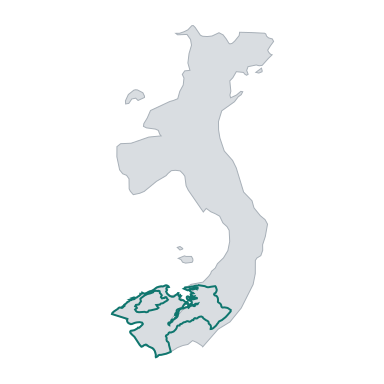 Darién on a map of Panama (Robinson projection), rotated 92°
{"feature_id": "PAN-1418", "entity_name": "Darién", "entity_type": "Province", "adm_level": 1, "iso_a3": "PAN", "parent_name": "Panama", "parent_adm1": "", "projection": "robinson", "projection_center": [-78.04, 8.154], "detail": "fine", "context": "in_parent", "style": "outline", "palette": "teal", "viewbox_px": 384, "rotation_deg": 92, "n_neighbors": 0, "source": "natural_earth", "source_scale": "10m", "svg_char_len": 9080}
<svg xmlns="http://www.w3.org/2000/svg" viewBox="0 0 384 384"><g transform="rotate(92 192 192)"><path d="M346.4,175.9L345.3,176.8L342.2,181.9L340.5,186.2L344.5,190.8L345.7,195.7L348.0,201.0L351.6,206.3L355.6,216.2L356.5,220.1L355.4,222.7L351.6,224.3L348.0,228.9L347.1,234.5L347.7,237.3L337.1,246.3L334.4,247.8L332.5,246.4L330.3,241.9L327.6,238.3L326.1,237.0L325.3,236.9L324.4,237.8L324.0,239.8L325.4,248.2L324.3,251.6L320.6,254.3L316.5,268.0L314.9,266.3L301.2,247.8L289.4,224.8L287.0,214.4L290.0,213.8L293.0,214.0L294.6,212.4L296.4,209.4L294.9,202.4L300.7,197.1L302.8,193.5L304.4,193.9L308.2,200.0L313.6,203.5L320.3,208.6L324.5,209.8L319.2,204.4L310.2,197.4L307.6,192.8L305.2,186.3L301.7,189.1L300.1,191.5L298.2,192.8L296.6,191.2L296.4,189.1L291.0,188.7L289.7,186.8L288.2,185.8L288.9,189.8L289.9,192.3L289.4,195.2L287.6,195.5L286.2,192.4L284.3,189.6L281.7,177.9L275.7,172.4L272.9,170.5L270.6,169.8L267.2,166.1L262.8,164.1L256.7,158.2L249.3,154.1L240.2,152.6L229.1,153.5L225.4,155.8L222.9,158.8L221.7,160.1L215.2,163.5L212.7,168.4L211.1,172.5L207.9,177.2L211.6,180.0L190.3,195.8L186.0,198.1L176.5,199.7L174.3,201.4L171.3,204.6L170.9,209.3L171.4,213.4L174.2,216.5L176.6,218.5L182.6,227.9L193.1,239.8L195.1,244.2L196.7,250.6L193.5,253.6L191.1,254.9L181.0,255.4L177.6,258.0L176.2,261.9L172.4,265.1L159.5,268.3L149.3,268.6L146.2,265.0L145.4,254.6L138.6,237.0L137.0,224.8L135.3,226.3L131.6,227.8L130.4,230.8L129.5,239.7L128.1,242.8L125.3,242.5L119.6,239.3L112.0,236.3L102.3,217.3L101.2,213.8L99.3,209.5L91.8,207.7L85.4,204.5L78.4,204.0L74.8,205.8L71.2,203.5L70.5,198.3L63.2,200.6L53.8,199.8L45.3,197.6L39.6,198.8L34.7,202.5L35.4,211.9L34.0,213.8L33.8,209.9L32.1,205.5L30.1,201.8L25.8,198.0L25.6,196.6L27.3,194.7L35.0,189.1L36.0,186.8L36.1,182.0L35.4,177.4L31.9,170.6L33.9,166.4L37.9,163.1L42.0,160.4L42.7,159.3L42.0,157.0L39.6,154.5L34.0,150.3L30.7,150.0L30.6,137.9L30.8,124.9L31.6,123.7L33.7,122.9L35.3,120.9L36.2,117.1L38.7,115.7L43.1,118.7L47.6,121.3L49.4,120.4L50.8,119.2L51.8,117.9L52.1,116.7L55.7,120.2L63.0,126.3L63.5,129.3L62.8,132.2L64.8,140.4L68.6,141.6L72.4,140.0L73.4,141.5L72.6,143.1L70.7,144.8L70.2,151.9L76.4,155.2L79.6,158.1L90.0,156.7L93.8,157.5L96.5,156.7L93.6,151.0L89.7,146.7L90.0,144.8L93.0,146.2L95.2,149.1L100.3,152.7L109.8,165.1L120.6,168.0L129.1,167.6L137.1,166.0L149.9,161.2L159.1,152.5L166.4,148.6L190.3,140.4L198.7,131.7L202.3,130.6L205.7,129.5L213.2,123.0L217.2,117.9L221.5,115.4L234.0,117.2L242.2,119.6L247.8,119.3L253.2,121.0L255.6,124.7L258.1,126.3L271.4,125.9L282.3,127.7L306.2,138.7L320.5,149.5L328.1,161.0L346.4,175.9ZM106.3,261.4L103.2,261.7L96.8,259.0L92.2,253.6L91.8,251.9L91.9,250.1L94.5,244.6L97.9,242.8L99.2,242.8L102.4,249.1L100.2,251.5L101.1,255.4L105.7,258.3L106.3,261.4ZM259.9,200.7L258.8,203.4L256.1,197.3L256.6,195.8L256.4,190.3L258.9,188.8L260.8,188.7L262.3,189.5L263.3,195.9L262.5,198.9L259.9,200.7ZM70.8,129.4L70.2,132.4L65.8,126.9L68.4,126.1L69.4,126.2L70.8,129.4ZM250.4,202.0L247.9,204.8L246.9,202.1L248.7,199.3L249.3,199.3L250.4,202.0Z" fill="#d9dde1" stroke="#a8b0b8" stroke-width="1"/><path d="M352.4,207.6L352.9,208.4L354.5,212.0L355.8,217.0L355.9,218.6L356.2,219.5L356.8,220.1L357.4,220.6L357.9,221.3L358.4,222.3L358.1,222.5L356.0,222.5L354.3,222.9L352.3,223.6L350.6,224.7L349.4,226.0L348.0,229.7L346.3,232.1L346.1,232.9L346.9,234.8L348.0,236.0L348.4,237.2L346.7,238.9L338.7,244.5L336.2,247.5L334.7,248.8L333.5,248.9L332.8,248.2L332.2,245.0L331.7,244.1L330.2,241.7L329.5,241.4L329.4,241.3L329.4,241.0L329.6,240.3L329.1,239.6L326.2,236.8L325.6,236.5L324.3,237.3L323.9,239.7L324.2,242.4L324.7,244.4L326.0,247.3L326.2,248.6L325.6,250.3L324.8,251.5L323.7,252.2L322.5,252.4L321.1,252.1L316.8,267.7L315.5,267.3L313.9,265.6L311.4,262.1L310.5,261.4L310.1,260.8L309.9,260.1L310.3,258.1L310.1,257.5L309.8,257.2L309.3,257.7L308.9,257.5L308.7,257.1L308.8,256.7L309.1,256.8L308.4,255.6L308.1,255.4L307.5,255.9L307.2,255.9L305.8,254.1L304.9,253.2L304.2,252.8L304.0,252.5L303.9,251.9L303.6,251.3L303.1,251.0L302.7,250.7L302.4,250.1L302.1,248.8L301.7,248.8L301.5,249.8L301.3,249.2L301.3,246.9L301.0,245.7L300.4,245.5L299.9,246.0L299.7,247.1L299.4,246.3L299.5,245.7L299.7,245.1L299.7,244.4L299.5,243.7L299.3,243.4L298.6,242.7L297.4,240.9L296.6,240.2L295.5,240.1L295.6,239.3L295.4,238.8L294.9,238.4L294.3,238.3L294.9,237.0L295.1,236.1L295.1,235.3L294.7,234.2L293.0,231.3L292.7,230.5L292.2,228.5L291.0,226.7L289.6,225.2L288.5,223.7L287.8,221.7L287.3,219.6L287.3,218.9L287.4,218.1L287.3,217.5L286.3,215.4L286.1,214.6L286.4,213.4L287.1,212.2L287.8,211.8L288.4,213.9L289.3,214.3L290.2,214.1L290.8,213.5L292.4,214.4L294.6,213.2L296.6,210.8L297.4,208.4L297.3,207.1L297.0,206.3L295.9,205.1L294.2,202.9L293.5,202.5L293.5,202.0L295.1,202.2L295.6,202.1L296.3,201.6L296.3,201.1L296.0,200.9L295.5,200.2L296.1,200.0L296.3,199.4L297.8,200.7L298.3,200.8L299.6,200.7L299.7,200.4L300.5,199.2L300.4,197.4L300.5,196.7L301.7,195.4L302.0,194.8L302.1,194.2L302.1,193.0L302.3,192.6L302.8,192.3L303.4,192.2L303.6,192.5L303.9,194.9L304.0,195.4L304.6,195.9L305.5,196.5L306.5,197.0L307.3,197.2L308.0,197.6L308.5,198.5L309.5,201.6L310.0,202.5L310.7,203.1L311.6,203.3L312.5,203.0L313.1,203.0L313.5,203.9L313.9,204.3L314.4,204.5L314.9,204.6L315.7,204.6L315.7,204.2L314.8,204.0L314.0,203.5L313.4,202.8L313.0,202.0L315.9,202.6L317.4,203.2L318.3,204.5L319.7,205.3L320.0,205.8L320.0,206.7L320.2,207.4L320.6,207.9L321.2,208.2L321.8,207.8L322.4,208.2L322.9,209.1L323.1,210.2L323.5,210.9L324.4,211.2L325.3,210.9L325.8,210.0L324.2,210.0L322.1,207.1L321.2,207.3L318.2,203.2L317.7,202.7L316.8,202.1L311.8,201.1L310.6,200.6L309.6,199.6L308.9,198.4L308.7,196.9L307.4,194.1L307.1,192.4L307.9,191.4L306.6,190.4L306.0,189.6L305.6,188.8L305.3,187.7L305.5,187.1L305.8,186.7L306.0,186.1L305.9,185.3L305.6,185.1L305.1,185.0L304.4,184.4L304.1,183.6L304.1,183.0L303.9,182.5L303.3,182.2L303.5,182.7L303.5,184.4L303.8,185.0L304.6,185.5L304.9,185.6L304.8,187.9L304.9,188.5L305.7,190.6L305.8,191.3L305.6,191.9L305.2,191.9L304.1,189.8L303.4,188.8L302.9,188.3L302.0,188.3L301.2,188.9L300.7,189.9L300.5,191.2L300.2,192.2L299.3,193.0L298.3,193.5L297.2,193.6L296.8,193.4L296.5,192.9L296.5,192.3L296.6,191.9L297.0,191.4L298.6,190.5L299.0,190.8L299.4,191.0L299.5,188.9L299.2,186.9L298.2,183.4L297.8,183.4L297.4,184.4L297.7,184.9L298.2,185.4L298.6,186.1L298.5,187.3L297.8,188.9L298.2,189.6L298.2,190.1L297.4,190.5L297.2,190.0L296.5,189.5L296.3,189.2L296.1,188.7L296.4,188.6L297.3,187.1L297.2,186.5L296.3,186.1L296.6,186.9L296.4,187.3L296.1,187.5L295.9,187.9L295.1,189.6L294.2,189.8L293.7,189.1L293.2,187.0L292.7,187.5L292.7,188.3L291.9,189.6L290.9,190.7L290.1,191.0L289.5,189.9L288.9,186.1L288.5,184.8L288.9,183.9L288.5,183.9L288.5,184.4L288.1,184.4L288.1,183.0L287.7,183.0L287.5,184.6L288.5,187.8L289.1,190.9L290.2,191.9L290.4,193.0L288.9,196.7L288.6,196.2L287.6,195.6L287.4,192.7L286.5,189.0L286.4,187.6L285.6,185.6L285.4,184.0L285.5,183.1L285.3,182.7L284.9,182.2L285.2,179.8L285.5,177.2L285.6,176.2L285.8,175.5L286.4,174.1L286.6,173.1L286.6,172.3L286.3,170.8L286.1,170.1L285.3,165.5L285.6,165.2L286.0,164.9L288.6,163.9L289.4,163.9L290.3,164.1L291.7,164.7L292.1,165.0L292.6,166.0L293.4,166.4L293.9,166.2L294.4,165.8L294.7,165.2L294.7,164.7L295.0,164.0L295.5,163.4L297.1,162.5L298.3,162.3L299.3,162.2L300.3,162.3L301.0,162.2L301.4,161.8L302.2,160.4L303.1,159.4L304.1,158.9L305.5,158.6L306.1,158.1L306.4,157.5L306.3,156.6L306.2,155.4L306.4,153.8L306.6,152.6L307.0,151.7L308.2,149.9L308.5,149.2L310.0,149.2L314.2,152.6L315.9,154.1L319.0,157.7L320.3,160.3L320.9,160.8L321.9,161.3L323.4,162.5L324.3,163.0L325.0,163.6L327.2,165.9L327.8,166.8L328.2,167.7L328.3,168.6L327.8,168.6L326.6,168.3L325.2,168.5L324.0,169.2L323.5,170.1L322.8,170.7L321.9,170.8L321.0,171.1L320.2,172.2L319.6,173.6L317.8,176.3L316.7,177.0L316.1,178.3L316.3,179.6L316.7,180.7L317.4,181.7L318.1,182.5L318.3,183.7L317.9,184.5L318.1,185.0L318.8,185.8L320.0,186.2L320.1,186.6L320.0,187.0L320.0,187.3L321.4,189.0L321.7,189.6L321.7,190.3L321.3,191.5L321.3,192.5L322.2,194.2L322.6,195.9L323.0,196.4L323.9,197.4L324.4,198.4L324.3,198.7L324.7,199.3L325.3,199.6L325.6,199.7L325.9,199.8L325.9,200.8L326.1,201.7L326.7,202.2L328.4,202.6L330.0,203.5L332.1,205.5L333.2,208.2L333.0,209.3L333.5,210.3L334.7,210.7L335.2,211.2L336.3,212.9L337.1,213.1L338.1,212.4L339.3,212.2L340.0,212.4L341.4,212.1L342.0,211.8L342.7,210.7L343.5,210.1L344.7,209.8L345.9,209.6L352.4,207.6ZM306.2,223.7L305.7,220.1L305.1,219.8L304.6,219.2L304.2,217.3L303.7,216.5L303.1,215.8L301.4,213.1L300.5,212.3L299.5,213.2L298.1,213.9L298.0,215.1L298.8,215.6L299.0,216.2L298.9,216.8L299.2,217.5L299.4,218.3L298.1,219.4L296.3,218.6L295.1,219.5L294.1,220.6L293.1,220.7L292.2,221.0L291.9,221.9L292.2,222.5L292.0,223.8L292.1,225.3L292.3,226.1L292.7,226.9L293.2,227.3L293.6,227.4L294.7,230.0L295.6,233.1L297.0,235.7L299.7,239.1L300.7,239.9L303.0,239.2L304.0,239.8L304.9,240.5L305.8,240.8L306.3,241.3L306.8,244.1L308.2,244.8L308.7,243.7L309.8,243.0L310.6,243.8L311.4,244.8L312.7,244.0L313.7,242.9L314.0,240.8L313.4,235.2L313.8,233.7L313.6,232.6L313.1,231.6L312.5,231.4L312.0,231.0L311.7,229.0L310.0,222.8L308.9,221.5L307.5,222.8L306.2,223.7Z" fill="none" stroke="#0f766e" stroke-width="2"/></g></svg>